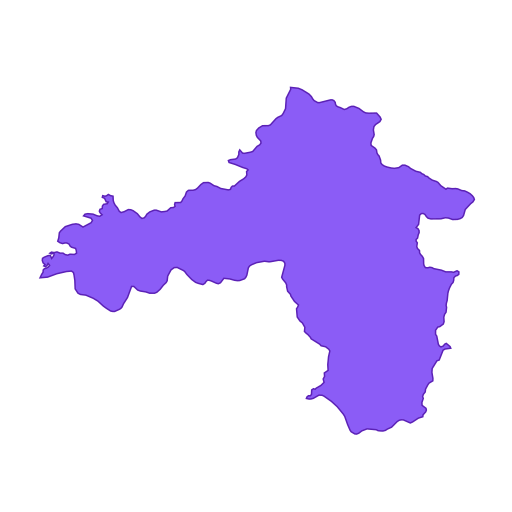 outline of Várzea da Palma, Minas Gerais, Brazil, rotated 274°
{"feature_id": "56859067B75648530569084", "entity_name": "Várzea da Palma", "entity_type": "district", "adm_level": 2, "iso_a3": "BRA", "parent_name": "Brazil", "parent_adm1": "Minas Gerais", "projection": "mercator", "projection_center": [-44.733, -17.417], "detail": "fine", "context": "isolated", "style": "filled", "palette": "violet", "viewbox_px": 512, "rotation_deg": 274, "n_neighbors": 0, "source": "geoboundaries", "source_scale": "gbopen_adm2", "svg_char_len": 6074}
<svg xmlns="http://www.w3.org/2000/svg" viewBox="0 0 512 512"><g transform="rotate(274 256 256)"><path d="M205.6,130.7L217.0,134.0L217.1,136.3L213.8,140.3L213.0,143.0L212.5,148.6L211.5,152.4L211.8,157.4L212.9,159.6L216.1,162.7L220.4,165.6L223.2,168.2L225.1,169.1L229.7,169.3L231.4,170.0L236.2,172.2L238.7,175.2L239.1,178.2L236.5,184.5L235.6,185.9L232.8,188.3L228.1,193.5L225.5,197.6L224.7,200.3L223.8,205.0L225.2,206.9L227.1,208.0L228.5,209.3L228.5,211.0L228.0,213.1L226.1,218.3L225.7,220.3L226.8,222.4L231.5,225.5L231.3,231.4L230.3,236.3L230.1,239.3L230.4,241.5L232.5,246.2L234.2,247.4L236.3,248.2L243.7,249.2L245.6,250.3L247.0,252.2L249.4,257.0L251.4,264.8L251.1,269.4L251.4,271.1L253.3,278.6L253.4,281.5L252.7,283.9L250.8,285.3L248.8,285.5L236.6,283.1L234.9,284.1L231.3,287.5L229.2,288.6L227.5,288.7L223.1,290.0L220.1,293.1L218.5,293.6L213.3,297.6L210.1,301.8L207.9,301.1L206.2,300.1L198.0,301.4L194.2,304.4L192.5,306.9L188.3,309.7L184.1,309.6L182.4,311.5L181.3,313.2L178.7,315.9L177.2,316.8L172.5,325.7L171.0,327.2L170.3,331.8L168.1,335.1L166.4,336.3L160.6,335.4L152.7,335.2L146.9,335.9L144.1,332.3L140.6,332.8L138.0,331.6L134.7,332.7L131.5,329.9L128.4,325.3L127.2,324.3L127.6,322.6L126.3,320.9L121.7,321.0L120.3,319.8L120.3,318.1L119.0,316.7L117.4,316.2L117.0,318.9L117.2,320.8L118.0,323.1L121.6,328.5L121.7,331.7L120.9,333.7L116.3,341.3L111.4,347.5L104.4,354.1L102.2,355.7L94.2,359.2L88.8,362.0L87.3,363.2L85.4,367.0L85.4,368.8L86.4,370.9L88.9,373.7L91.3,378.8L91.1,388.1L90.3,389.9L90.2,392.7L90.3,394.9L91.1,397.3L92.5,399.1L94.7,403.2L100.6,408.3L102.1,410.3L102.7,412.3L102.8,414.4L100.2,421.6L101.4,423.8L105.6,429.3L107.3,433.6L109.2,433.7L112.4,436.2L114.2,436.7L115.9,436.2L118.6,432.1L121.4,431.7L125.6,432.8L127.4,432.0L129.7,432.6L132.2,434.3L135.0,434.4L139.5,436.4L141.3,437.5L143.8,441.1L146.3,441.0L152.1,439.6L156.1,439.6L164.1,443.8L165.0,446.0L175.1,449.2L176.4,451.1L177.6,456.7L179.2,455.9L182.1,451.9L181.2,450.4L179.2,449.0L178.2,446.8L179.0,445.3L180.6,444.1L188.7,441.9L190.4,440.6L194.5,440.3L197.8,442.3L198.4,444.3L201.2,447.6L203.6,448.2L208.1,447.6L211.0,448.2L213.2,449.5L218.0,449.7L220.0,449.1L222.2,449.2L225.0,449.8L232.2,450.0L234.6,450.4L237.7,451.3L241.5,452.9L243.3,454.4L245.5,454.9L248.2,454.9L250.0,456.5L250.6,458.2L251.9,459.6L254.3,459.5L255.3,457.6L253.5,454.2L253.8,452.1L253.4,446.4L254.8,441.9L255.8,434.3L256.7,432.3L256.9,430.1L256.2,428.2L256.2,425.8L258.2,424.3L259.9,423.8L265.2,423.3L267.3,421.9L269.0,420.1L270.5,419.0L272.9,418.7L274.8,416.5L276.7,415.7L280.4,416.0L282.0,414.7L283.7,414.6L285.1,415.9L288.7,416.4L290.6,417.1L292.7,416.9L294.4,415.8L295.5,413.7L298.9,416.0L308.2,416.4L309.8,417.9L310.1,419.7L309.3,421.6L307.2,423.2L305.7,425.0L305.2,427.8L306.0,437.8L307.4,442.3L307.3,445.3L306.1,449.6L306.6,454.4L307.5,457.0L308.8,459.0L310.8,460.2L317.0,461.5L323.2,466.5L325.1,468.6L327.6,469.9L329.5,469.1L331.2,467.6L333.1,465.2L334.4,462.5L335.5,459.6L335.6,456.7L337.0,452.6L337.2,450.4L336.8,447.0L337.1,442.3L335.9,440.8L339.0,435.5L342.1,432.4L342.9,430.8L344.0,426.5L345.8,423.2L347.2,421.6L347.6,419.3L349.0,417.7L349.7,415.6L350.9,414.2L351.7,409.5L354.1,404.1L355.7,401.9L357.0,398.3L356.8,395.6L354.1,392.3L353.1,388.0L353.2,384.8L353.9,380.5L354.7,377.7L356.0,375.4L357.6,374.0L360.3,373.6L364.4,371.8L365.7,370.4L367.4,369.4L370.2,368.8L371.9,367.2L374.3,363.2L376.7,362.7L381.6,364.0L383.3,365.0L385.3,365.4L390.0,364.3L393.3,364.6L395.5,366.1L398.7,370.2L401.1,371.3L403.3,370.1L407.0,366.3L406.3,358.5L406.4,355.4L407.4,353.0L410.4,348.4L412.1,343.2L411.9,340.7L410.8,338.3L409.2,336.3L408.3,333.8L409.9,329.8L410.5,327.4L411.4,325.6L413.0,324.7L414.8,324.3L416.5,322.8L417.1,321.0L416.9,319.3L413.4,308.6L413.3,306.9L415.1,303.1L416.7,301.6L418.8,300.2L421.2,297.6L425.0,290.4L426.3,286.5L426.6,278.7L424.7,279.0L415.6,275.2L405.0,275.2L400.1,273.2L397.9,271.8L395.8,268.0L394.3,266.3L387.8,261.2L386.9,259.3L386.4,253.4L383.9,249.8L381.2,247.7L379.1,247.3L376.4,247.9L374.4,249.1L371.1,252.7L369.0,253.1L367.1,251.9L365.4,249.4L360.0,245.4L359.1,243.0L357.6,237.3L357.7,235.4L360.7,232.4L358.6,231.6L356.1,231.8L352.7,230.6L351.3,228.9L350.3,223.8L349.3,221.8L347.4,222.6L345.9,228.9L343.4,236.5L342.4,240.7L341.3,242.1L339.6,240.7L336.2,241.2L334.2,240.3L332.2,238.4L329.3,234.3L324.3,229.6L324.1,227.6L322.7,226.4L320.7,225.9L320.0,223.8L320.9,216.1L322.6,212.2L323.2,209.2L325.5,205.1L326.0,203.2L325.5,198.5L323.4,196.0L319.6,192.9L318.0,191.0L317.2,188.7L316.8,184.0L315.0,182.2L310.9,181.1L308.0,179.2L305.7,178.3L304.1,177.1L303.6,171.6L301.7,171.2L299.8,171.8L298.6,170.3L298.2,167.6L294.6,164.1L294.0,161.7L293.4,158.5L294.8,153.2L294.6,151.2L292.6,147.0L290.1,144.2L288.2,143.3L286.3,141.9L285.5,139.6L287.0,137.4L289.9,134.7L292.6,130.3L293.4,127.9L293.4,125.4L291.0,121.4L289.9,118.3L291.2,116.4L294.4,114.4L297.1,111.8L299.5,110.4L301.5,109.7L305.7,109.2L306.1,106.6L307.1,104.4L305.7,102.8L305.1,101.2L305.5,98.9L303.8,98.6L303.0,100.9L299.6,102.8L299.5,104.8L297.8,104.0L296.9,100.4L295.1,99.3L292.6,99.3L291.7,97.1L289.8,96.6L288.3,97.4L286.4,99.6L284.7,97.3L285.0,94.7L286.4,90.5L286.5,85.2L285.8,82.5L284.0,81.2L282.2,88.8L280.1,90.4L277.7,89.2L272.8,81.4L275.2,77.0L275.5,74.2L274.8,70.6L272.0,63.7L267.2,59.3L265.5,58.2L260.4,58.0L256.9,57.2L255.6,59.4L254.9,62.2L255.7,64.5L255.8,66.3L254.9,68.6L252.8,70.0L251.9,71.4L251.0,75.5L249.0,76.3L246.3,76.8L244.9,74.8L244.8,70.2L243.7,68.2L244.1,65.5L245.4,63.3L245.2,60.3L246.2,57.2L245.3,54.3L243.0,54.4L241.4,53.8L239.3,52.3L242.2,50.8L241.9,48.6L240.0,44.8L238.8,43.2L236.7,43.1L234.3,44.1L232.8,46.1L231.3,45.0L230.7,46.8L231.8,48.1L234.1,49.1L232.3,50.8L230.5,49.6L229.2,47.6L228.6,45.8L227.2,44.7L224.9,44.7L222.8,43.5L219.2,42.1L220.4,49.6L224.4,58.5L227.3,68.0L228.1,73.0L226.8,75.0L224.4,75.8L218.9,77.0L210.6,77.9L206.5,81.0L205.4,83.5L205.1,89.0L202.5,96.5L200.0,101.4L195.4,107.2L193.4,110.4L191.0,114.8L190.7,116.9L190.8,118.8L193.4,123.7L194.4,124.9L195.7,125.9L199.2,127.2L205.6,130.7ZM245.3,54.3L245.6,51.7L244.4,50.2L243.8,52.1L245.3,54.3Z" fill="#8b5cf6" stroke="#5b21b6" stroke-width="1.5"/></g></svg>